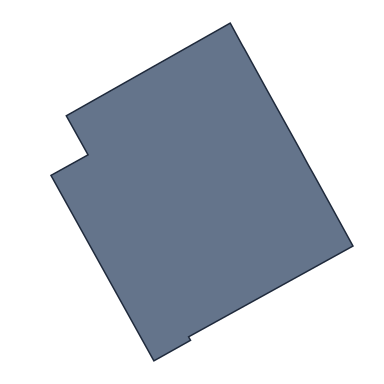 outline of Barber, Kansas, United States of America, rotated 241°
{"feature_id": "52423323B11094144333814", "entity_name": "Barber", "entity_type": "district", "adm_level": 2, "iso_a3": "USA", "parent_name": "United States of America", "parent_adm1": "Kansas", "projection": "orthographic", "projection_center": [-98.676, 37.234], "detail": "fine", "context": "isolated", "style": "filled", "palette": "slate", "viewbox_px": 384, "rotation_deg": 241, "n_neighbors": 0, "source": "geoboundaries", "source_scale": "gbopen_adm2", "svg_char_len": 464}
<svg xmlns="http://www.w3.org/2000/svg" viewBox="0 0 384 384"><g transform="rotate(241 192 192)"><path d="M319.6,119.0L274.9,119.1L274.9,76.7L62.8,76.8L63.0,118.8L67.0,118.8L66.7,306.6L69.0,306.6L113.4,306.8L113.6,306.8L117.7,306.8L145.8,306.9L147.2,306.9L147.9,306.9L159.7,306.8L176.6,307.0L178.1,307.0L244.2,307.0L244.3,307.0L292.8,307.2L293.5,307.1L297.1,307.1L318.5,307.3L321.2,307.3L319.6,119.0Z" fill="#64748b" stroke="#1e293b" stroke-width="1.5"/></g></svg>